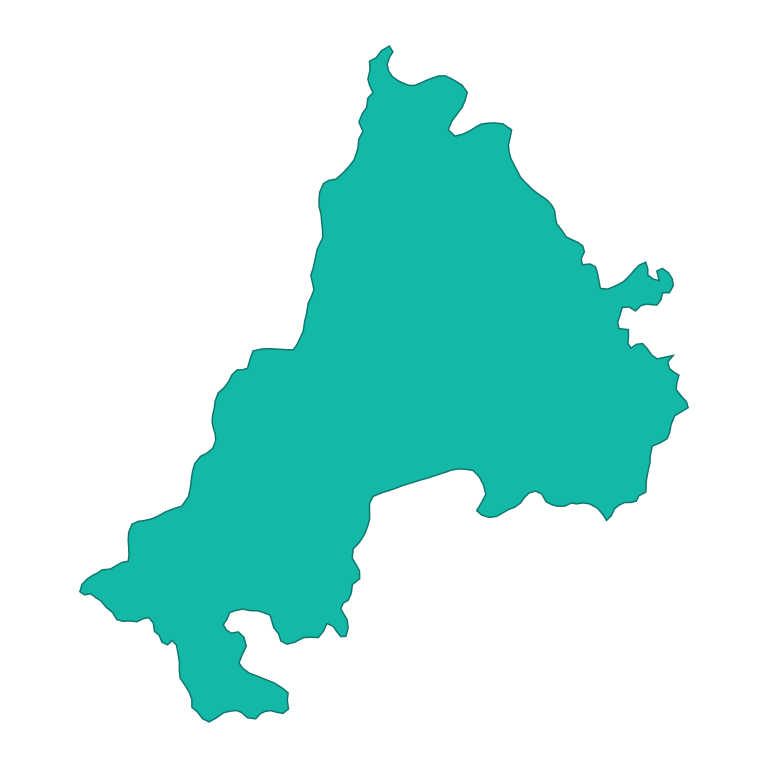 the district of Papagaios, Minas Gerais, Brazil
{"feature_id": "56859067B20043946270672", "entity_name": "Papagaios", "entity_type": "district", "adm_level": 2, "iso_a3": "BRA", "parent_name": "Brazil", "parent_adm1": "Minas Gerais", "projection": "robinson", "projection_center": [-44.693, -19.372], "detail": "fine", "context": "isolated", "style": "filled", "palette": "teal", "viewbox_px": 768, "rotation_deg": 0, "n_neighbors": 0, "source": "geoboundaries", "source_scale": "gbopen_adm2", "svg_char_len": 4548}
<svg xmlns="http://www.w3.org/2000/svg" viewBox="0 0 768 768"><path d="M392.9,51.9L389.3,46.1L381.3,50.8L376.3,57.6L369.5,61.3L370.0,70.1L367.9,79.2L369.7,85.7L373.0,92.6L367.8,98.2L366.7,107.3L362.4,113.5L358.9,121.9L362.9,131.4L358.8,139.2L357.9,148.2L356.0,154.5L354.0,160.0L348.8,166.7L342.9,173.1L336.1,179.1L328.8,180.4L323.3,183.7L319.6,192.6L319.0,200.3L319.1,206.6L321.0,214.1L321.7,221.9L322.6,230.9L322.6,238.1L319.8,243.8L317.1,249.7L315.2,259.0L313.1,268.4L310.8,275.2L312.7,283.5L313.9,289.9L311.4,296.5L308.2,303.3L306.5,314.0L304.6,321.6L303.3,330.9L300.1,338.1L297.0,344.6L293.2,349.9L286.4,349.7L276.7,349.1L269.6,348.7L262.1,349.0L253.1,350.9L250.2,358.7L247.6,368.1L242.5,369.9L237.1,369.9L231.9,374.9L228.7,381.4L224.6,387.2L218.2,393.0L215.1,401.2L214.4,407.7L212.7,414.9L212.1,421.7L213.3,427.9L215.2,433.9L215.7,440.5L212.8,448.4L206.8,453.2L200.7,456.2L194.8,463.6L192.6,471.1L191.5,478.3L190.5,486.7L188.6,496.3L181.8,506.1L173.4,508.8L165.2,512.0L157.6,516.4L151.4,518.9L145.2,520.4L138.1,521.4L132.0,524.2L128.7,532.3L128.2,540.7L128.7,547.5L129.0,555.1L128.2,561.3L122.1,562.3L116.2,565.7L110.2,569.1L102.4,569.8L97.5,573.0L92.9,575.2L87.4,578.8L82.0,584.4L79.9,591.7L84.4,594.8L90.8,593.8L96.1,597.9L101.0,601.0L106.2,607.3L112.6,612.5L116.8,619.5L123.0,621.3L129.2,620.9L137.0,621.7L143.1,618.7L148.8,617.6L153.3,623.2L154.5,631.4L159.0,635.0L162.0,642.2L167.5,644.8L172.1,640.6L176.4,645.0L178.0,653.2L179.4,662.3L179.3,670.1L180.2,678.2L185.7,686.3L189.1,691.9L191.9,699.7L191.9,707.4L196.8,711.3L202.7,718.8L209.2,721.9L216.5,717.8L223.8,712.6L231.4,711.0L236.9,710.6L241.8,712.6L247.7,717.8L255.6,718.8L260.7,713.4L265.6,711.3L270.7,710.6L276.5,712.2L282.8,713.4L288.5,709.1L287.3,700.4L288.1,692.8L282.4,688.1L274.0,682.9L265.6,679.5L257.5,676.3L249.1,673.1L242.6,668.1L239.0,662.8L241.8,655.6L246.3,646.2L243.9,637.2L238.3,631.9L231.2,633.2L226.2,629.7L223.3,624.5L227.1,619.1L229.6,612.6L235.7,610.5L242.6,609.1L250.6,610.7L257.2,610.7L262.7,612.3L270.0,615.1L272.2,622.3L273.8,627.9L278.4,633.5L280.9,641.0L287.0,644.2L294.7,642.2L303.6,637.6L310.6,637.2L318.3,637.6L323.6,631.0L326.9,623.5L333.2,626.3L336.6,631.4L340.8,636.6L345.9,636.3L348.1,627.9L347.2,619.8L344.2,614.8L340.8,608.8L343.2,603.2L348.3,600.1L351.3,593.2L352.4,584.5L359.7,578.8L359.5,571.0L356.4,565.1L352.2,558.3L353.2,548.9L358.6,543.3L361.7,538.9L365.2,532.9L368.1,524.8L369.7,518.6L369.5,512.6L369.5,503.6L373.0,496.4L382.0,492.7L389.1,490.5L395.0,488.5L400.1,486.5L407.1,484.1L413.9,482.1L420.1,480.1L426.7,478.3L432.6,476.4L439.1,474.3L445.9,472.1L450.9,470.2L458.0,468.9L465.8,469.3L472.9,470.4L479.0,476.4L483.4,484.8L485.8,494.2L481.7,502.3L476.7,510.7L482.0,515.2L489.5,517.4L496.6,516.4L503.2,512.6L508.4,509.6L514.6,507.3L520.5,503.0L524.3,497.7L529.0,493.0L535.5,491.1L541.7,493.9L546.0,501.7L550.8,504.2L556.6,506.1L564.7,506.1L571.5,503.0L576.7,503.9L582.9,502.9L589.7,503.9L597.5,508.2L602.7,514.2L606.5,520.4L611.1,516.0L614.7,508.6L619.0,505.2L624.2,502.6L631.5,502.4L636.3,501.1L638.8,495.8L645.8,492.1L646.4,479.8L648.3,469.9L650.0,462.7L650.2,455.8L652.3,446.1L660.5,442.7L667.2,438.6L669.7,432.3L671.1,424.5L674.6,415.9L682.7,410.9L688.1,407.7L686.5,401.8L681.4,396.2L676.0,389.4L677.0,382.1L678.9,375.2L673.8,372.1L669.4,368.4L667.8,362.1L673.2,355.5L663.5,357.5L657.3,358.9L651.8,355.2L647.5,349.0L642.6,343.6L636.4,344.3L631.0,348.1L627.9,343.4L628.5,336.8L628.4,329.6L619.0,328.6L617.7,322.1L619.8,315.9L622.2,307.5L628.8,306.9L635.5,310.9L640.9,305.6L646.7,304.1L651.9,304.7L657.0,305.0L660.8,299.9L662.7,292.7L669.4,292.7L673.3,285.7L672.2,278.7L668.4,272.8L662.5,268.4L656.8,271.0L659.2,280.6L653.2,279.1L647.8,275.0L647.8,269.1L645.7,262.2L639.1,265.2L635.0,269.4L628.8,276.6L623.2,281.8L618.2,284.6L612.8,287.1L607.4,289.1L600.3,288.4L598.7,279.6L597.3,272.5L595.4,266.8L590.3,264.0L582.5,264.7L581.1,258.8L584.4,251.8L582.7,245.9L578.1,242.5L573.2,240.3L566.2,236.9L561.5,229.9L556.7,223.7L555.5,218.1L554.7,211.0L552.0,205.6L547.7,200.6L542.8,197.0L538.0,193.8L532.8,189.8L529.0,186.0L524.1,181.3L520.3,176.9L517.8,171.9L514.3,165.3L511.0,158.8L509.2,152.3L508.4,145.1L510.0,138.2L511.6,129.8L502.7,123.8L494.5,122.9L487.8,123.2L480.9,124.2L475.5,127.2L469.8,130.8L462.7,134.2L454.9,136.2L448.3,129.7L451.7,121.4L456.8,114.5L462.2,107.3L465.2,100.1L467.2,92.3L462.0,85.1L457.0,82.0L451.7,78.9L445.2,75.8L438.6,76.0L433.2,77.8L426.2,80.4L419.9,83.3L414.7,85.4L409.1,85.4L403.6,83.3L398.2,80.8L392.3,76.6L388.5,70.7L387.1,64.5L389.6,57.0L392.9,51.9Z" fill="#14b8a6" stroke="#0f766e" stroke-width="1.5"/></svg>